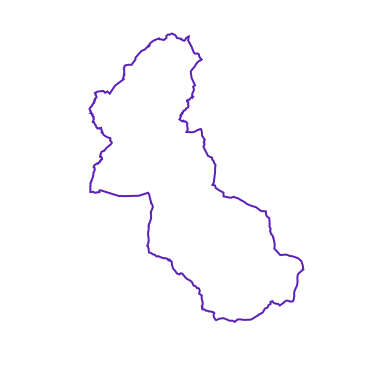 Poiana Stampei, Suceava, Romania (Natural Earth projection), rotated 326°
{"feature_id": "2599482B11463008171196", "entity_name": "Poiana Stampei", "entity_type": "district", "adm_level": 2, "iso_a3": "ROU", "parent_name": "Romania", "parent_adm1": "Suceava", "projection": "natural_earth1", "projection_center": [25.094, 47.238], "detail": "fine", "context": "isolated", "style": "outline", "palette": "violet", "viewbox_px": 384, "rotation_deg": 326, "n_neighbors": 0, "source": "geoboundaries", "source_scale": "gbopen_adm2", "svg_char_len": 6010}
<svg xmlns="http://www.w3.org/2000/svg" viewBox="0 0 384 384"><g transform="rotate(326 192 192)"><path d="M241.8,318.6L240.6,318.0L242.1,316.5L242.9,314.3L244.0,310.2L242.8,306.1L240.8,303.3L238.6,300.7L237.2,299.6L235.3,296.7L229.9,293.6L228.6,285.0L231.0,282.1L231.6,281.0L233.8,275.8L233.6,275.4L234.2,274.7L234.4,272.5L234.0,271.5L234.4,270.9L234.2,270.3L234.7,269.3L234.8,268.1L236.5,266.7L237.0,263.7L238.2,262.4L241.4,257.0L241.4,256.7L240.8,255.6L240.5,253.3L240.8,252.1L242.4,249.3L238.7,246.5L236.6,240.5L233.4,236.5L230.9,232.8L229.8,229.4L228.2,226.4L226.4,222.6L224.7,220.8L224.1,219.4L220.8,218.4L215.7,213.3L217.7,210.1L215.2,205.2L214.0,202.1L214.7,199.4L212.9,197.6L215.3,196.4L222.0,188.7L224.7,184.9L226.7,182.6L226.6,180.1L227.2,178.5L227.0,176.2L227.9,174.8L225.5,171.2L226.7,161.1L227.4,160.3L228.9,159.8L229.5,158.7L229.4,157.3L230.6,156.8L231.0,155.9L231.8,155.8L231.8,151.0L234.0,147.2L234.6,145.1L234.4,144.5L231.1,143.8L227.9,143.5L225.7,142.7L221.0,139.2L223.6,137.7L224.2,136.1L225.4,133.6L226.5,132.5L226.5,131.9L226.1,129.9L225.0,129.4L224.8,128.1L223.5,128.1L222.2,124.8L225.1,123.2L225.0,122.2L226.3,121.6L226.9,122.0L228.0,121.6L228.0,120.8L229.7,120.6L230.4,119.9L232.1,120.3L232.9,120.1L233.7,119.5L236.0,119.7L236.9,119.1L237.4,118.4L237.5,117.3L238.8,116.2L238.9,115.4L238.5,114.0L238.7,113.7L239.3,113.4L239.3,113.8L241.0,114.0L245.0,113.1L245.2,114.1L246.3,113.6L246.0,112.9L246.1,112.1L246.4,111.5L248.0,110.1L250.6,108.6L251.3,107.3L251.7,105.5L254.2,105.2L255.4,97.3L258.1,91.8L258.8,91.1L265.2,89.2L266.4,88.4L269.0,87.6L271.8,87.3L273.1,87.8L274.1,87.6L273.7,86.0L273.9,83.4L274.7,81.9L274.3,80.5L271.8,78.9L271.5,77.3L272.9,71.2L273.5,64.2L276.3,61.3L274.2,61.0L272.8,61.3L271.5,62.1L270.3,62.3L269.9,62.1L268.4,59.5L268.8,59.0L265.7,56.0L265.6,55.3L265.9,54.7L265.7,52.1L264.6,50.8L264.4,49.8L264.0,49.5L263.3,49.2L261.4,49.1L261.0,48.9L260.3,48.1L259.0,48.1L258.0,48.3L257.4,49.1L257.0,50.0L256.2,50.2L255.3,50.0L254.0,50.3L253.5,50.2L251.7,48.1L250.6,47.3L250.4,47.0L250.6,46.3L245.6,45.1L241.6,45.1L240.6,45.3L238.8,46.0L239.1,46.4L238.0,47.2L237.4,47.2L236.7,46.5L236.0,46.9L234.4,47.0L233.1,47.5L228.9,46.8L220.3,49.0L219.8,49.5L219.4,50.5L214.0,52.3L213.1,52.8L210.4,50.9L207.0,49.6L206.2,50.5L205.3,50.8L204.3,51.7L203.9,53.1L201.7,56.4L201.2,56.5L201.3,57.2L198.4,59.0L198.5,60.3L187.5,60.8L178.8,64.5L178.0,61.3L175.4,61.1L175.0,58.6L169.7,55.9L166.8,55.6L166.7,55.8L167.0,57.2L166.1,57.9L166.3,59.3L165.5,60.2L164.4,60.5L163.7,60.4L163.4,61.1L162.7,61.2L162.6,61.5L162.3,61.5L162.2,62.3L160.9,62.6L160.7,63.2L160.3,63.4L160.0,63.2L159.8,63.4L158.7,63.7L158.4,64.1L157.7,64.1L157.0,64.8L155.5,64.9L153.5,65.7L153.3,66.6L153.3,68.0L152.8,68.2L152.9,69.8L152.1,69.9L152.6,70.4L152.3,71.5L152.7,71.4L152.9,71.7L152.5,72.0L152.7,72.4L152.2,72.6L152.3,73.0L152.1,73.7L152.3,74.1L152.2,74.3L152.5,74.6L151.8,75.0L151.7,75.8L151.4,76.0L151.5,76.5L151.3,76.7L149.0,78.5L149.8,79.0L149.9,79.5L149.4,80.5L149.5,82.2L149.3,82.7L149.4,83.7L148.9,85.0L149.2,85.6L149.2,86.5L149.6,86.8L150.9,87.1L151.0,87.7L152.3,88.0L151.7,88.6L151.9,89.2L151.8,90.3L151.2,91.2L150.7,91.5L151.3,92.1L151.2,92.4L150.7,92.7L150.9,92.9L150.8,93.6L150.9,93.9L150.7,94.5L150.9,96.2L152.8,99.9L153.9,100.9L154.4,101.7L154.4,102.0L152.9,103.4L153.3,105.3L153.2,106.1L152.3,106.8L151.6,107.0L145.5,107.7L143.1,108.5L141.9,108.7L141.5,108.3L139.2,108.2L136.5,110.3L135.5,111.3L135.9,112.0L136.5,112.2L136.2,113.9L135.9,114.0L135.8,114.4L134.7,114.4L134.2,114.8L134.0,114.5L132.5,115.1L132.4,115.5L131.4,115.4L130.8,115.7L130.6,115.5L129.5,115.9L129.1,115.2L128.5,115.1L127.2,115.3L125.6,115.3L125.0,116.0L124.4,116.2L124.7,117.4L124.5,117.5L124.6,117.8L123.6,119.5L122.1,120.2L120.9,121.1L119.5,123.0L118.9,123.3L118.5,124.0L115.9,125.8L115.1,126.1L114.9,126.8L113.9,127.1L113.6,127.6L112.5,128.0L112.1,129.0L110.7,130.7L109.0,133.3L108.5,133.8L108.3,134.4L107.7,135.1L108.1,135.6L110.0,136.4L110.4,136.9L110.7,137.9L111.5,138.5L112.1,138.9L113.3,139.2L114.7,140.2L115.2,140.3L115.4,139.6L116.3,138.9L117.2,139.5L129.2,154.5L131.6,156.0L133.3,157.4L145.9,165.4L155.2,168.1L155.1,170.1L154.3,172.4L153.6,173.4L153.5,174.5L152.7,176.2L152.8,177.0L151.7,178.3L152.0,179.0L152.0,180.2L151.6,181.4L150.9,182.8L148.6,184.4L146.5,185.5L146.4,186.3L145.5,187.4L145.0,188.6L143.3,191.0L139.5,194.0L138.3,194.5L137.8,194.9L137.5,195.8L137.0,196.4L136.5,196.5L135.9,198.0L133.5,200.4L131.3,203.4L130.4,205.8L128.4,208.7L128.0,208.9L127.9,209.4L124.8,211.6L125.2,212.3L124.5,213.9L124.4,214.8L123.7,215.7L122.6,218.1L123.9,219.7L124.8,221.9L125.3,222.6L125.8,222.8L126.2,223.6L126.5,225.5L127.3,226.2L128.2,226.3L129.4,228.3L131.5,231.1L132.6,231.7L134.0,233.2L134.2,234.4L135.4,235.1L135.6,235.4L134.6,235.8L136.3,238.2L134.6,241.3L133.5,245.1L133.9,247.5L134.0,251.1L135.3,253.2L136.6,253.2L137.1,253.0L138.3,254.2L138.8,259.7L139.2,261.0L141.1,264.9L141.6,266.6L141.5,266.9L141.3,268.8L141.0,269.4L141.1,270.7L142.2,272.0L142.4,274.5L143.6,275.4L143.8,276.0L143.3,278.1L141.0,280.4L142.1,282.7L142.2,283.6L140.9,284.8L139.0,289.6L138.3,290.9L136.1,292.4L136.0,292.6L136.3,293.3L135.5,293.7L135.0,295.2L136.5,296.1L137.2,298.2L137.9,298.5L138.9,299.9L139.0,300.3L140.4,301.2L142.2,303.3L142.7,304.1L142.8,304.8L141.4,305.7L140.9,306.4L140.2,308.1L140.0,310.5L140.1,311.1L140.4,311.7L143.6,312.3L147.6,314.2L151.4,320.0L152.8,320.7L153.9,321.6L154.7,323.6L157.9,323.2L158.7,323.3L161.1,324.8L162.5,326.3L163.4,326.8L164.7,327.9L167.4,329.4L168.4,330.2L170.5,330.9L178.2,331.2L179.0,330.9L180.6,331.3L183.0,331.4L184.1,331.1L186.9,329.6L187.6,329.5L190.1,330.0L192.0,328.6L194.5,328.8L194.9,328.4L195.4,327.1L197.0,327.2L197.5,327.4L197.6,327.8L197.8,330.1L200.9,333.1L201.3,335.2L206.5,335.0L208.0,334.6L209.4,334.9L210.1,335.2L211.1,336.2L211.9,337.5L212.5,338.1L213.2,338.5L214.8,338.9L216.6,337.6L217.7,336.3L218.3,335.9L220.1,333.0L220.7,332.3L222.4,330.9L226.8,328.2L229.4,325.4L230.9,322.7L233.5,319.6L236.3,318.9L240.7,318.5L241.8,318.6Z" fill="none" stroke="#5b21b6" stroke-width="2"/></g></svg>